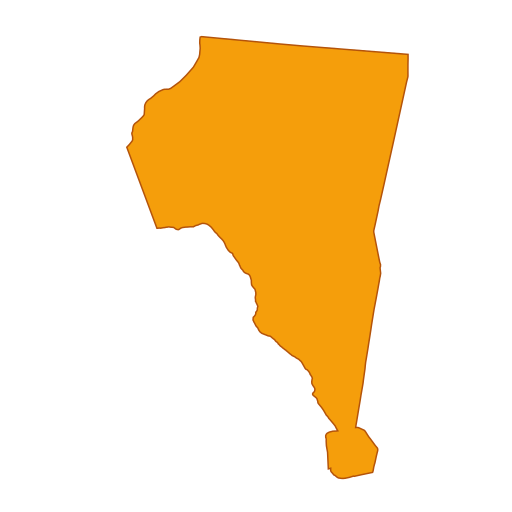 Wajir East, North-Eastern, Kenya, rotated 275°
{"feature_id": "3690345B87307909258611", "entity_name": "Wajir East", "entity_type": "district", "adm_level": 2, "iso_a3": "KEN", "parent_name": "Kenya", "parent_adm1": "North-Eastern", "projection": "albers", "projection_center": [40.38, 2.006], "detail": "fine", "context": "isolated", "style": "filled", "palette": "amber", "viewbox_px": 512, "rotation_deg": 275, "n_neighbors": 0, "source": "geoboundaries", "source_scale": "gbopen_adm2", "svg_char_len": 6094}
<svg xmlns="http://www.w3.org/2000/svg" viewBox="0 0 512 512"><g transform="rotate(275 256 256)"><path d="M44.7,352.6L44.3,353.8L42.7,356.1L42.1,357.4L41.9,360.5L42.0,362.3L42.4,364.3L43.6,368.3L45.2,372.2L45.1,373.1L47.5,380.7L49.6,387.7L50.6,391.0L52.3,391.4L56.0,391.7L58.5,392.1L60.4,392.5L67.0,393.3L71.0,393.9L72.6,394.2L74.2,394.1L75.2,393.7L77.6,391.3L84.1,385.6L85.2,384.5L86.8,383.2L90.1,380.7L91.3,379.7L91.9,378.9L92.9,376.0L93.6,374.1L94.0,372.7L94.0,371.1L93.8,370.2L95.6,370.3L100.3,370.7L106.8,371.2L112.0,371.6L122.0,372.4L126.7,372.7L130.0,373.0L133.6,373.3L138.4,373.7L141.6,373.8L147.6,374.1L153.0,374.4L156.6,374.4L159.9,374.5L163.4,374.8L166.1,375.0L172.7,375.5L179.0,375.9L184.5,376.3L192.0,376.8L197.2,377.1L205.6,377.7L209.8,378.0L213.7,378.3L217.4,378.7L219.5,378.9L223.3,379.3L233.8,380.3L238.5,380.7L241.6,381.0L244.8,381.2L246.7,381.5L249.7,381.7L251.1,381.4L252.6,381.1L255.1,380.6L256.3,380.9L258.3,380.8L260.1,380.0L260.9,379.7L266.0,378.2L278.7,374.5L290.1,371.2L291.6,371.1L296.6,371.8L311.6,373.7L316.9,374.2L323.3,375.2L338.0,377.2L375.9,382.2L376.6,382.3L442.9,390.9L445.3,391.3L447.0,391.6L448.4,391.7L453.9,391.2L459.8,390.7L465.7,390.3L470.1,389.9L469.3,283.1L469.3,258.4L469.8,182.7L469.2,181.3L466.4,181.2L463.1,181.4L461.3,181.8L458.1,182.3L451.8,182.3L448.8,181.9L445.3,180.3L438.7,177.2L430.0,170.8L428.2,169.3L423.0,164.9L415.7,156.6L414.5,154.4L414.4,152.9L414.1,150.3L413.7,149.0L411.4,144.9L408.7,141.8L406.8,140.3L404.0,137.5L402.3,135.3L400.8,133.9L398.9,132.8L396.7,132.1L394.8,132.0L393.0,132.2L387.1,132.3L385.8,131.6L384.1,130.3L380.2,126.9L377.4,123.8L375.6,122.7L373.7,122.3L371.1,122.2L369.5,122.2L367.6,121.6L366.1,121.9L364.9,122.4L363.3,122.8L361.0,123.0L359.7,122.6L356.0,120.1L353.1,117.8L275.0,154.9L275.0,155.2L275.4,157.1L275.4,158.5L276.2,161.5L276.4,162.8L276.9,164.1L276.9,164.8L277.2,165.6L277.4,166.6L277.3,168.2L277.3,171.5L277.0,172.0L275.7,174.1L275.7,174.4L275.5,175.2L275.5,176.6L276.3,177.6L277.2,178.7L277.7,179.7L278.0,180.5L278.2,181.5L278.6,183.1L278.9,185.4L279.4,188.1L279.4,188.8L279.5,189.4L279.6,191.0L280.0,191.5L280.2,192.1L280.9,192.9L281.5,194.5L281.8,195.5L282.6,196.8L283.3,198.4L283.6,199.0L283.9,200.0L283.9,201.0L283.9,202.2L283.6,204.1L283.3,204.8L282.8,206.0L282.0,207.2L280.8,208.9L278.1,211.5L277.3,212.1L275.9,213.5L275.5,214.1L275.2,214.7L274.6,215.3L273.2,216.5L272.1,217.7L270.9,219.1L269.8,220.5L269.1,221.2L268.6,221.8L267.8,222.4L266.9,223.1L265.2,224.1L264.1,224.6L263.2,225.1L262.2,225.6L261.3,226.3L260.4,227.0L259.0,228.1L258.2,229.2L257.6,229.8L257.2,230.7L257.0,231.3L256.8,231.8L256.7,232.1L256.2,232.6L255.7,232.8L255.2,232.9L254.7,233.2L254.1,233.5L253.7,233.9L250.6,236.5L250.4,236.7L248.9,238.1L248.0,239.0L247.0,239.7L246.3,240.0L246.0,240.1L245.5,240.3L245.2,240.6L243.8,241.3L243.3,241.6L242.9,241.8L242.4,242.2L242.1,242.5L240.4,244.4L240.1,244.5L239.7,244.7L239.4,245.0L238.9,245.6L238.4,246.3L238.2,246.9L237.9,247.5L237.4,249.5L237.2,250.0L236.8,250.6L236.3,251.2L235.8,251.5L235.1,252.0L231.8,253.3L231.3,253.5L230.8,253.5L229.1,253.7L228.0,253.9L227.3,254.1L226.9,254.1L226.5,254.4L226.2,254.7L225.6,255.0L225.0,255.6L224.2,256.4L223.3,257.3L222.8,257.9L221.6,258.3L220.6,258.6L220.0,258.9L219.5,259.0L218.8,259.0L218.3,259.2L217.8,259.2L216.9,259.1L215.9,259.0L215.4,258.9L214.1,258.9L213.6,259.1L213.1,259.2L212.6,259.3L212.0,259.4L211.6,259.4L211.3,259.5L210.7,259.5L210.0,260.1L209.5,260.3L208.9,260.6L207.5,261.5L206.8,261.8L206.5,262.0L206.1,262.2L205.7,262.2L204.9,262.0L204.4,261.9L203.8,261.9L202.9,262.0L202.4,261.9L202.0,261.9L201.4,261.6L200.8,261.3L200.4,261.0L200.0,260.7L199.4,260.7L198.8,260.8L197.7,260.6L197.2,260.4L196.8,260.2L196.0,259.7L195.3,259.2L195.1,258.9L194.7,258.6L194.3,258.6L192.6,258.6L192.0,258.6L191.0,259.2L190.2,259.6L189.1,260.4L186.8,261.8L186.3,262.2L185.8,262.5L185.5,263.0L185.1,263.4L184.7,263.8L184.3,264.2L183.1,264.8L182.7,265.1L182.3,265.3L181.0,266.4L180.7,266.7L180.4,267.1L179.9,267.9L179.5,268.5L178.6,271.4L178.1,273.2L177.8,274.1L177.6,274.7L177.5,275.0L177.4,276.7L177.3,277.3L176.9,277.9L176.4,278.6L175.8,279.4L175.5,279.9L175.2,280.3L174.9,280.7L174.7,281.2L174.5,281.5L174.2,281.9L173.1,282.8L172.6,283.4L172.3,283.8L172.2,284.2L171.9,284.6L171.4,285.1L170.7,285.8L170.2,286.0L170.1,286.4L169.6,286.9L169.2,287.3L168.7,287.8L168.4,288.2L168.2,288.5L168.0,288.9L167.7,289.4L166.8,290.6L166.5,291.0L166.2,291.6L165.2,293.0L165.1,293.4L164.9,293.7L164.6,294.2L164.3,294.4L164.1,294.8L161.5,298.4L161.0,299.3L160.4,300.1L159.9,300.8L159.8,301.3L159.6,301.7L159.5,302.1L159.2,302.7L159.1,303.2L158.8,303.7L158.3,304.4L157.9,305.2L157.3,306.4L157.2,307.0L156.8,307.6L156.3,308.3L155.7,309.0L155.4,309.4L155.1,309.9L154.1,310.8L153.4,311.3L151.8,312.4L148.4,314.7L147.9,315.2L147.6,315.5L147.4,316.0L147.2,316.7L146.8,317.3L145.0,319.1L144.4,319.4L143.8,319.9L143.4,320.1L143.1,320.1L142.5,320.5L142.3,320.7L141.8,321.2L141.3,321.5L140.9,321.8L140.4,322.2L139.3,322.7L138.8,322.8L138.2,322.6L137.4,322.6L136.1,322.5L135.6,322.5L135.2,322.6L134.8,322.6L134.3,322.7L133.8,322.8L133.3,323.1L132.8,323.4L131.8,324.1L130.5,325.2L129.9,325.6L129.5,325.9L129.0,326.1L128.4,326.3L126.9,326.2L126.3,326.1L125.9,325.9L124.5,324.7L123.9,324.5L123.6,324.4L123.1,324.5L122.7,324.6L122.2,325.2L121.9,325.5L120.1,328.2L119.7,328.6L119.3,329.0L118.7,329.3L118.0,329.6L117.5,329.8L116.9,330.1L116.5,330.2L116.1,330.3L115.8,330.4L115.4,330.4L114.5,330.9L112.0,333.4L111.2,334.2L109.8,335.4L108.1,336.8L105.8,338.4L104.5,339.3L103.8,339.7L103.0,340.6L102.5,341.2L101.4,342.2L101.1,342.3L100.6,342.7L100.2,343.1L99.7,343.7L99.3,344.1L97.3,346.1L95.4,348.0L93.9,349.4L93.5,349.8L93.2,349.9L91.8,350.8L91.1,351.2L90.5,351.7L90.2,351.8L89.0,352.7L88.6,351.1L88.4,349.4L88.2,347.9L87.7,346.5L87.2,345.0L86.8,344.1L85.8,342.6L85.6,342.3L85.2,342.0L84.8,341.7L84.2,341.4L83.2,341.1L81.9,341.2L81.3,341.3L80.7,341.7L80.3,341.7L79.2,342.0L78.0,342.0L76.5,342.2L73.0,342.7L69.6,343.6L66.7,344.4L50.2,346.6L50.6,347.8L50.8,348.2L51.1,348.9L48.7,349.1L47.7,349.6L46.2,351.2L44.7,352.6Z" fill="#f59e0b" stroke="#b45309" stroke-width="1.5"/></g></svg>